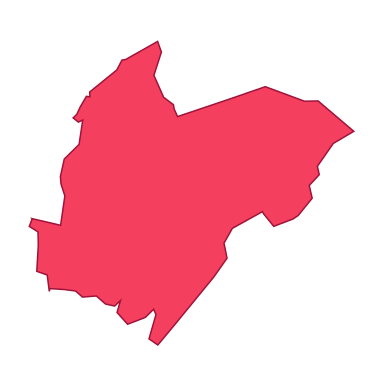 the district of Morris, New Jersey, United States of America, rotated 178°
{"feature_id": "52423323B19000754742578", "entity_name": "Morris", "entity_type": "district", "adm_level": 2, "iso_a3": "USA", "parent_name": "United States of America", "parent_adm1": "New Jersey", "projection": "orthographic", "projection_center": [-74.508, 40.868], "detail": "fine", "context": "isolated", "style": "filled", "palette": "rose", "viewbox_px": 384, "rotation_deg": 178, "n_neighbors": 0, "source": "geoboundaries", "source_scale": "gbopen_adm2", "svg_char_len": 972}
<svg xmlns="http://www.w3.org/2000/svg" viewBox="0 0 384 384"><g transform="rotate(178 192 192)"><path d="M28.2,247.0L62.8,278.6L76.4,278.8L115.1,294.7L150.5,283.8L164.2,279.7L203.8,267.9L206.9,275.5L207.5,279.9L217.0,287.6L226.0,309.9L217.7,332.9L221.1,343.7L253.8,326.7L257.4,326.3L262.9,316.6L290.8,295.5L290.7,290.7L294.2,291.3L300.8,280.8L304.4,273.7L308.2,270.2L303.1,265.8L298.7,267.7L303.2,243.5L318.5,229.4L323.0,212.0L322.6,204.5L319.2,192.5L324.5,163.3L352.9,171.0L352.7,170.7L355.8,163.3L347.3,157.5L347.5,143.8L349.9,118.1L339.6,114.1L338.1,97.7L337.3,100.4L323.2,99.0L311.8,97.1L305.1,90.8L291.2,91.4L282.4,83.1L273.3,80.7L267.3,86.0L271.1,74.2L261.0,62.1L243.0,68.3L234.4,76.2L232.3,70.7L240.1,46.7L231.5,40.3L214.5,59.3L173.1,106.4L159.3,124.6L161.8,139.8L152.9,154.3L122.3,169.9L121.2,167.7L111.5,154.8L91.8,161.6L86.7,164.8L72.1,181.6L74.6,194.4L64.2,204.9L65.8,213.3L49.1,235.6L28.2,247.0Z" fill="#f43f5e" stroke="#9f1239" stroke-width="1.5"/></g></svg>